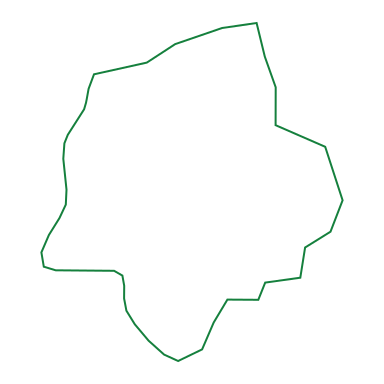 map outline of Zombo (Albers equal-area conic projection)
{"feature_id": "UGA-5589", "entity_name": "Zombo", "entity_type": "District", "adm_level": 1, "iso_a3": "UGA", "parent_name": "Uganda", "parent_adm1": "", "projection": "albers", "projection_center": [30.853, 2.535], "detail": "fine", "context": "isolated", "style": "outline", "palette": "green", "viewbox_px": 384, "rotation_deg": 0, "n_neighbors": 0, "source": "natural_earth", "source_scale": "10m", "svg_char_len": 607}
<svg xmlns="http://www.w3.org/2000/svg" viewBox="0 0 384 384"><path d="M178.1,361.0L164.1,354.6L148.6,340.7L134.8,324.3L126.4,310.7L124.1,298.5L124.2,285.8L122.4,275.6L114.1,270.8L55.7,270.3L43.8,266.7L41.4,252.4L48.9,235.0L59.5,218.0L65.8,204.6L66.5,189.7L63.3,158.8L64.4,143.3L67.8,134.8L84.1,109.3L86.0,102.8L86.7,99.3L88.6,88.8L94.0,74.3L146.8,62.6L175.2,44.1L222.1,28.0L256.6,23.0L264.8,56.6L275.7,87.3L275.6,125.2L325.2,146.8L342.6,200.3L330.5,231.7L305.1,247.5L300.3,277.7L265.2,282.6L258.3,299.8L227.4,299.6L213.7,322.5L202.1,349.4L178.1,361.0Z" fill="none" stroke="#15803d" stroke-width="2"/></svg>